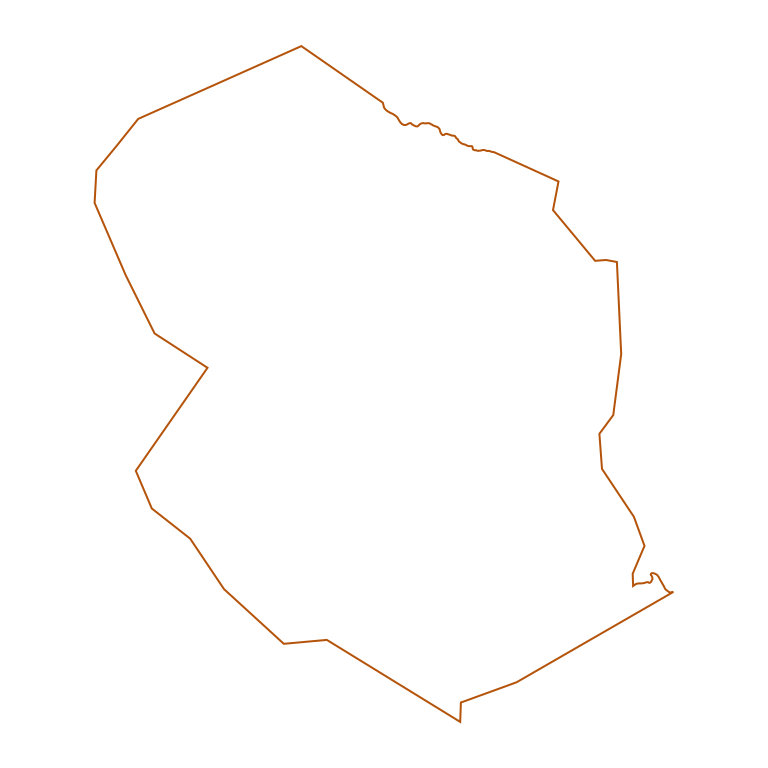 the district of Jargalan, Govi-Altay, Mongolia
{"feature_id": "93677404B58079754200585", "entity_name": "Jargalan", "entity_type": "district", "adm_level": 2, "iso_a3": "MNG", "parent_name": "Mongolia", "parent_adm1": "Govi-Altay", "projection": "albers", "projection_center": [96.049, 47.069], "detail": "fine", "context": "isolated", "style": "outline", "palette": "amber", "viewbox_px": 768, "rotation_deg": 0, "n_neighbors": 0, "source": "geoboundaries", "source_scale": "gbopen_adm2", "svg_char_len": 3097}
<svg xmlns="http://www.w3.org/2000/svg" viewBox="0 0 768 768"><path d="M301.3,46.1L138.2,118.9L117.1,145.3L96.4,170.4L94.6,202.9L125.6,275.0L154.6,333.5L207.5,367.8L135.8,470.8L151.8,508.5L190.2,538.7L224.2,589.4L224.3,589.4L283.8,643.8L326.8,639.9L460.2,721.9L460.9,702.5L516.5,682.3L673.4,591.9L672.6,592.0L672.0,592.1L671.3,592.2L670.3,592.5L669.4,592.3L668.6,591.7L668.1,591.3L667.2,590.7L666.0,589.8L665.6,589.4L665.2,588.9L664.9,588.4L664.1,586.7L663.3,585.2L662.3,583.5L660.3,580.1L658.7,577.0L657.4,575.3L656.8,574.7L655.7,574.1L654.7,573.6L653.9,573.3L653.0,573.1L652.3,573.2L651.9,573.2L651.5,573.3L651.2,573.6L651.0,573.8L650.8,574.4L650.8,574.6L651.1,575.2L651.3,575.6L651.7,576.0L652.2,577.0L652.3,577.6L652.4,578.4L652.4,579.4L652.0,580.0L651.6,580.8L651.3,581.4L651.1,581.8L650.1,582.7L649.5,582.8L648.8,582.7L648.1,582.2L647.3,582.2L646.8,582.2L645.8,582.5L643.7,583.1L641.6,583.4L640.2,583.4L638.7,583.4L637.8,583.6L636.8,583.7L635.8,584.1L633.1,586.0L633.1,584.2L633.1,583.7L633.0,583.3L632.7,573.7L644.5,545.9L633.9,516.8L602.0,468.9L599.4,433.8L613.3,415.0L614.1,408.5L621.2,354.1L616.9,262.0L606.1,260.0L595.1,260.8L553.0,210.1L558.5,181.5L555.7,180.2L494.1,152.2L492.8,152.0L491.6,151.8L490.4,151.4L489.8,151.1L488.8,150.9L487.8,151.0L486.8,150.9L485.7,150.5L485.0,150.2L484.3,150.0L483.6,150.0L482.9,150.0L482.2,150.1L481.3,150.4L480.2,150.7L479.3,150.7L478.5,150.8L477.5,150.8L476.5,150.4L475.8,150.2L475.0,150.3L474.1,150.0L473.5,149.8L473.3,149.6L472.9,149.2L472.6,148.0L472.5,147.0L472.2,146.4L471.6,146.2L470.9,146.1L470.2,146.1L469.5,146.1L468.7,146.1L467.8,145.9L466.7,145.4L466.1,145.0L465.2,144.6L464.5,144.4L463.6,144.2L462.7,143.9L462.0,143.6L461.5,143.3L460.8,142.8L460.1,142.3L459.1,141.6L458.6,141.0L458.5,140.9L458.4,140.6L458.2,140.0L457.9,139.4L457.4,139.1L456.8,138.5L456.2,138.0L456.1,137.9L456.0,137.6L455.7,137.2L455.1,136.2L454.4,135.9L453.6,135.6L452.6,135.7L451.7,135.5L450.7,135.1L450.0,134.8L449.9,134.7L449.1,134.6L448.1,134.3L447.4,133.9L446.8,133.8L446.3,133.8L445.8,133.9L445.1,134.1L444.1,134.9L443.7,135.0L442.7,135.1L442.0,134.6L441.2,133.6L440.6,132.6L440.2,131.5L440.0,130.7L439.5,129.0L438.6,128.0L438.0,127.4L437.1,126.9L436.3,126.6L435.4,126.3L434.6,126.0L433.7,125.7L433.0,125.3L431.9,124.6L431.0,124.2L430.0,123.6L429.9,123.5L429.5,123.4L428.9,123.2L428.6,123.2L427.9,123.1L427.2,123.2L426.4,123.3L424.9,123.4L424.0,123.3L423.4,123.1L423.0,123.1L422.5,123.2L422.0,123.3L421.1,123.5L420.1,124.1L419.4,124.7L418.9,125.1L418.1,126.0L417.6,126.3L416.6,126.4L415.8,126.3L414.7,125.8L414.1,125.5L413.6,125.3L413.2,125.0L412.8,124.8L412.4,124.6L412.0,124.4L411.7,124.0L411.2,123.4L410.4,123.1L409.9,123.1L409.1,123.4L408.4,123.6L407.6,124.2L406.7,124.6L406.1,124.8L405.6,125.0L404.8,125.0L404.0,125.0L402.8,124.5L401.8,123.9L400.6,122.6L399.9,121.7L398.9,120.1L397.7,118.0L397.2,117.2L396.4,116.5L395.3,115.6L394.0,114.7L392.7,113.9L391.4,113.3L390.2,112.8L388.7,111.9L387.5,111.2L386.3,110.3L384.8,108.7L383.9,107.2L383.7,106.1L383.4,104.9L382.9,102.8L375.6,97.7L375.3,97.5L301.3,46.1Z" fill="none" stroke="#b45309" stroke-width="2"/></svg>